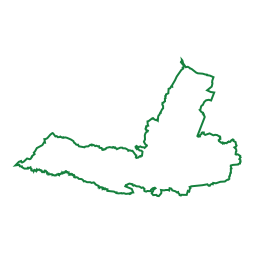 the district of Ban Pong, Ratchaburi, Thailand
{"feature_id": "78962969B74786164204095", "entity_name": "Ban Pong", "entity_type": "district", "adm_level": 2, "iso_a3": "THA", "parent_name": "Thailand", "parent_adm1": "Ratchaburi", "projection": "albers", "projection_center": [99.771, 13.854], "detail": "fine", "context": "isolated", "style": "outline", "palette": "green", "viewbox_px": 256, "rotation_deg": 0, "n_neighbors": 0, "source": "geoboundaries", "source_scale": "gbopen_adm2", "svg_char_len": 5898}
<svg xmlns="http://www.w3.org/2000/svg" viewBox="0 0 256 256"><path d="M213.5,77.2L209.9,75.6L207.1,75.2L207.1,74.7L206.7,74.6L205.3,74.5L202.8,73.7L197.8,73.3L196.2,72.6L191.5,68.9L189.9,68.4L189.7,67.9L187.8,66.8L185.8,67.2L183.1,63.3L182.4,60.5L181.9,59.9L182.1,61.2L181.1,61.6L180.9,62.1L183.8,65.7L184.0,66.7L182.7,67.5L183.2,68.6L181.4,69.9L176.7,76.6L175.0,80.3L172.1,85.2L172.2,86.7L171.2,86.4L170.1,88.3L168.6,88.8L168.3,93.3L166.0,94.4L165.8,96.0L165.2,96.2L165.6,98.1L164.9,98.5L165.0,101.3L164.2,101.7L163.5,102.7L162.5,102.8L162.3,104.6L163.1,105.9L163.1,108.4L162.1,109.3L160.9,111.7L160.7,112.9L160.2,112.8L159.3,114.9L158.6,115.4L158.2,116.5L157.8,120.7L156.7,119.8L156.3,120.2L154.4,119.5L153.3,118.3L152.7,118.7L152.3,118.3L148.6,121.1L147.5,121.4L147.7,124.3L148.2,125.7L146.2,126.2L145.9,127.6L146.2,127.8L145.5,128.9L146.0,129.8L147.9,130.7L147.5,131.6L146.7,131.6L145.4,133.4L144.8,135.3L145.0,139.4L143.9,141.8L145.4,144.4L146.9,145.4L146.9,145.7L144.6,147.9L144.1,147.4L141.4,147.1L140.4,146.4L138.2,147.3L137.6,147.3L137.4,146.6L136.7,146.8L136.4,146.1L135.6,146.6L135.7,147.3L136.1,147.2L136.3,148.4L137.0,149.3L138.3,148.9L139.4,150.4L141.4,150.7L142.5,151.7L142.0,155.7L140.8,155.9L140.6,156.6L138.9,156.1L139.3,156.5L138.4,157.5L136.5,157.9L136.4,157.1L135.9,157.0L136.3,155.4L135.5,154.9L132.5,150.8L131.5,150.9L129.8,150.3L128.3,150.8L128.0,149.9L126.2,148.8L125.1,148.3L122.9,148.3L122.3,147.7L120.2,147.7L117.0,149.1L116.8,148.6L116.2,148.6L115.2,147.5L114.7,147.9L113.8,147.1L113.1,147.0L112.7,147.7L109.6,147.1L106.4,147.9L105.5,149.2L104.0,149.2L103.6,149.3L103.6,149.8L102.4,149.9L101.6,148.0L99.5,147.8L99.0,146.2L97.9,146.4L96.4,145.7L95.2,146.1L93.8,145.1L91.9,144.6L91.7,145.4L90.3,144.8L88.2,146.4L86.3,146.4L84.9,146.8L84.5,147.3L78.9,146.3L78.0,144.7L77.2,144.9L75.9,144.4L75.3,143.4L74.1,142.7L73.4,141.1L70.9,139.5L66.9,137.8L65.2,137.4L63.3,137.8L63.2,137.3L61.9,137.5L60.3,136.6L60.0,137.0L57.8,137.2L56.7,136.1L55.4,136.4L53.0,133.3L52.4,133.1L50.4,134.6L47.3,138.2L45.5,139.1L44.4,139.1L45.0,142.6L44.0,142.4L42.4,145.1L36.8,148.1L35.1,151.2L33.8,152.7L34.6,154.1L32.1,156.0L31.7,156.8L31.9,157.0L30.5,158.9L29.7,159.2L27.1,158.5L23.7,161.7L22.1,162.5L21.5,162.3L21.1,161.0L18.9,161.8L15.4,165.4L19.3,164.8L19.8,166.3L21.9,166.4L21.9,167.1L24.4,168.6L27.3,168.6L27.6,168.1L28.1,168.3L28.2,167.7L29.5,167.9L30.5,167.3L30.9,168.6L31.5,169.0L31.2,170.0L31.5,170.5L33.3,170.7L33.5,171.1L33.7,170.3L34.5,169.9L35.3,170.8L35.9,170.6L36.4,169.9L36.6,170.9L37.7,169.6L38.7,169.9L39.3,169.5L40.2,170.4L40.8,170.1L41.5,170.5L41.3,170.9L42.1,172.1L42.9,172.1L42.9,171.8L44.0,171.5L44.3,171.8L44.8,170.6L45.8,170.8L46.6,172.4L46.7,172.0L47.1,172.1L47.2,173.1L48.2,173.3L47.9,173.7L48.4,173.8L48.4,174.5L50.5,174.2L52.1,174.3L52.5,174.6L52.5,175.1L53.1,174.9L54.3,175.5L55.1,175.2L55.8,175.5L56.7,174.5L57.4,174.6L57.9,174.2L58.2,174.8L58.9,175.1L58.8,174.2L59.1,174.3L59.1,174.0L60.5,174.1L61.3,173.2L62.2,173.6L62.7,173.2L62.6,172.6L63.2,173.0L63.6,172.4L64.4,172.7L64.6,172.2L65.2,172.2L65.6,171.2L66.1,171.2L66.5,172.3L67.4,172.0L68.1,172.9L68.2,172.5L68.6,172.4L68.6,173.6L69.7,173.9L70.2,174.3L71.0,173.8L71.2,174.0L70.7,174.5L71.6,174.3L71.5,174.7L72.6,174.7L72.8,175.2L74.0,175.0L74.5,175.9L74.1,176.3L74.2,177.2L75.5,177.5L76.5,177.2L77.7,177.6L78.7,178.8L81.6,179.1L82.8,179.9L83.8,181.4L84.8,181.1L87.1,182.2L90.2,182.2L91.6,182.9L93.8,182.4L94.7,183.5L95.2,183.6L95.6,184.5L98.6,185.9L98.5,186.3L99.1,186.9L98.9,187.3L99.4,187.3L99.5,187.9L100.7,187.1L102.4,187.5L102.4,187.8L102.7,187.6L103.6,188.1L103.2,189.1L104.0,188.9L104.5,189.2L105.0,188.7L105.2,189.2L106.1,189.1L106.7,189.6L107.0,189.2L107.5,189.3L107.4,190.9L114.0,191.6L115.6,192.5L116.5,192.4L116.5,193.1L118.6,193.4L121.6,193.1L122.0,193.5L123.8,193.2L126.0,193.9L128.5,193.6L129.8,194.1L130.2,193.9L130.3,193.2L131.0,193.3L131.2,192.8L133.2,192.5L131.8,189.0L125.3,186.3L125.8,185.2L126.7,185.5L127.1,184.6L129.3,183.6L132.5,184.2L132.6,185.2L133.4,185.7L134.5,185.2L136.4,186.3L139.3,186.5L141.5,187.9L142.9,187.4L144.5,188.9L144.2,189.9L144.5,191.1L146.2,191.6L147.3,191.0L150.7,191.2L151.0,189.8L152.7,188.3L154.8,187.7L155.5,188.3L153.4,189.8L153.1,191.1L151.7,193.3L153.2,195.1L156.5,194.9L157.2,195.9L158.8,196.1L161.2,193.3L161.4,191.7L161.0,190.0L164.1,190.4L165.7,190.0L168.1,190.0L169.2,190.5L169.6,188.2L171.3,188.6L172.3,190.4L175.5,191.3L176.8,192.4L178.1,192.0L178.4,193.2L179.4,194.0L179.6,195.1L180.9,195.5L181.5,194.8L186.7,194.9L187.8,191.0L189.1,191.8L189.3,191.5L189.6,189.3L190.5,188.1L189.7,187.0L191.4,186.3L202.4,185.2L207.4,184.3L208.6,185.7L209.5,185.8L210.0,185.6L210.2,184.8L212.1,183.8L212.8,184.2L213.2,182.9L215.9,183.3L220.3,181.8L224.9,181.5L226.3,180.4L227.7,179.6L228.4,179.7L229.3,178.9L229.2,176.4L229.8,176.1L230.4,172.9L230.9,172.8L230.8,168.8L231.5,168.5L230.7,166.4L230.8,165.5L233.0,164.9L238.2,164.5L238.5,163.9L240.0,163.5L240.0,162.2L240.6,161.8L240.3,161.0L240.5,160.2L239.3,159.1L240.6,157.3L240.0,156.6L240.2,155.9L237.7,154.3L236.2,154.6L235.6,154.3L235.9,151.8L236.4,151.1L236.1,149.2L234.4,147.4L236.1,146.6L236.6,145.4L236.0,144.8L235.6,142.1L233.4,140.9L233.5,139.8L232.8,139.4L231.3,140.3L230.3,141.8L229.4,141.9L228.8,141.5L228.3,142.1L227.7,142.0L226.7,143.2L225.1,142.9L224.2,143.5L223.7,142.9L222.8,143.5L222.4,142.5L221.4,142.8L218.9,141.0L218.7,140.1L220.4,138.9L219.8,137.9L220.3,137.2L219.9,136.4L218.7,136.1L217.2,135.1L215.1,134.8L213.3,135.3L209.6,133.4L205.2,134.9L203.7,133.8L203.8,132.5L202.5,132.4L201.7,132.8L201.5,134.0L199.6,135.4L199.9,136.4L198.2,136.7L197.4,136.0L204.7,117.1L204.6,116.3L203.7,115.3L203.9,114.3L202.8,113.8L203.0,112.7L201.4,112.0L199.8,110.0L200.3,109.8L201.1,106.5L201.7,105.6L202.8,105.0L204.2,102.0L206.1,100.3L208.8,99.8L211.1,100.5L214.2,92.5L210.7,92.0L207.1,90.3L211.7,86.6L212.4,83.7L212.4,82.9L212.1,82.5L212.3,80.6L213.5,77.2Z" fill="none" stroke="#15803d" stroke-width="2"/></svg>